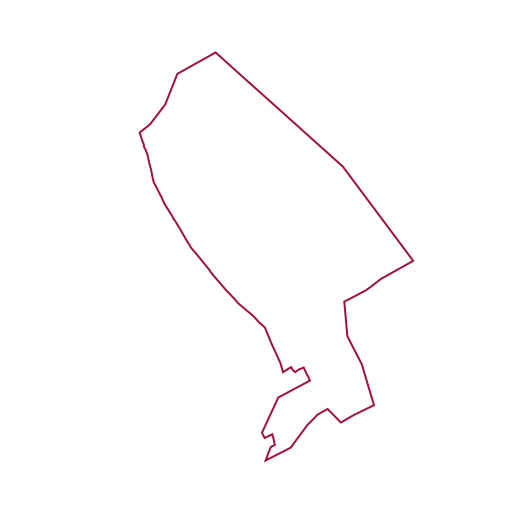 outline of Trinidad Zaachila, Oaxaca, Mexico, rotated 50°
{"feature_id": "50627088B25274478654542", "entity_name": "Trinidad Zaachila", "entity_type": "district", "adm_level": 2, "iso_a3": "MEX", "parent_name": "Mexico", "parent_adm1": "Oaxaca", "projection": "robinson", "projection_center": [-96.784, 16.924], "detail": "fine", "context": "isolated", "style": "outline", "palette": "rose", "viewbox_px": 512, "rotation_deg": 50, "n_neighbors": 0, "source": "geoboundaries", "source_scale": "gbopen_adm2", "svg_char_len": 1656}
<svg xmlns="http://www.w3.org/2000/svg" viewBox="0 0 512 512"><g transform="rotate(50 256 256)"><path d="M425.1,352.7L418.6,325.8L417.1,310.5L419.2,299.5L438.1,298.0L440.7,283.2L446.1,261.5L436.9,257.5L431.7,255.3L416.8,248.8L410.4,246.0L407.2,244.6L376.2,237.6L347.7,217.7L351.0,203.0L351.3,201.3L351.6,200.0L351.9,198.6L352.2,197.0L352.8,194.7L352.9,193.3L353.2,190.9L353.9,174.7L360.7,139.1L360.7,138.7L311.6,135.9L243.4,132.0L189.2,139.7L137.4,147.1L108.4,151.3L74.1,156.1L65.9,199.1L81.6,228.2L87.0,252.4L86.7,265.8L90.8,267.5L91.1,267.6L93.9,268.7L98.2,270.2L100.6,271.6L101.0,271.8L101.7,272.0L102.8,272.1L103.6,272.3L109.0,274.2L112.0,275.8L116.3,278.1L117.3,278.5L123.0,281.2L125.2,282.5L133.4,286.8L150.5,290.7L156.5,292.4L159.7,292.9L164.7,293.6L170.6,294.4L175.2,295.4L177.6,295.4L180.9,296.0L182.4,296.2L186.5,296.8L191.7,297.8L192.1,297.8L195.1,298.4L197.1,298.8L198.5,299.0L199.4,299.1L208.1,300.4L222.3,300.4L238.1,300.7L239.2,301.1L240.2,301.1L262.9,300.9L273.5,300.1L275.1,300.1L281.1,300.0L292.1,298.1L299.8,296.7L303.4,296.5L309.5,296.3L313.2,295.6L315.5,295.3L316.6,295.2L332.7,300.3L353.9,306.2L362.3,310.0L363.7,300.4L365.2,300.9L366.7,301.0L368.0,301.1L369.2,300.9L370.1,300.6L370.5,296.2L372.1,291.2L380.5,293.4L381.1,293.3L386.1,294.8L378.7,329.9L395.2,365.0L395.6,365.1L401.0,366.4L403.0,358.1L404.0,358.6L404.4,358.8L404.8,358.9L405.3,359.1L405.7,359.3L406.1,359.5L406.9,359.9L407.4,360.1L407.8,360.3L408.3,360.6L408.7,360.8L409.2,361.0L409.6,361.3L410.0,361.5L410.4,361.7L411.2,362.2L411.8,362.4L412.3,362.7L412.8,363.0L411.9,367.5L413.6,370.9L418.8,380.0L425.1,352.7Z" fill="none" stroke="#9f1239" stroke-width="2"/></g></svg>